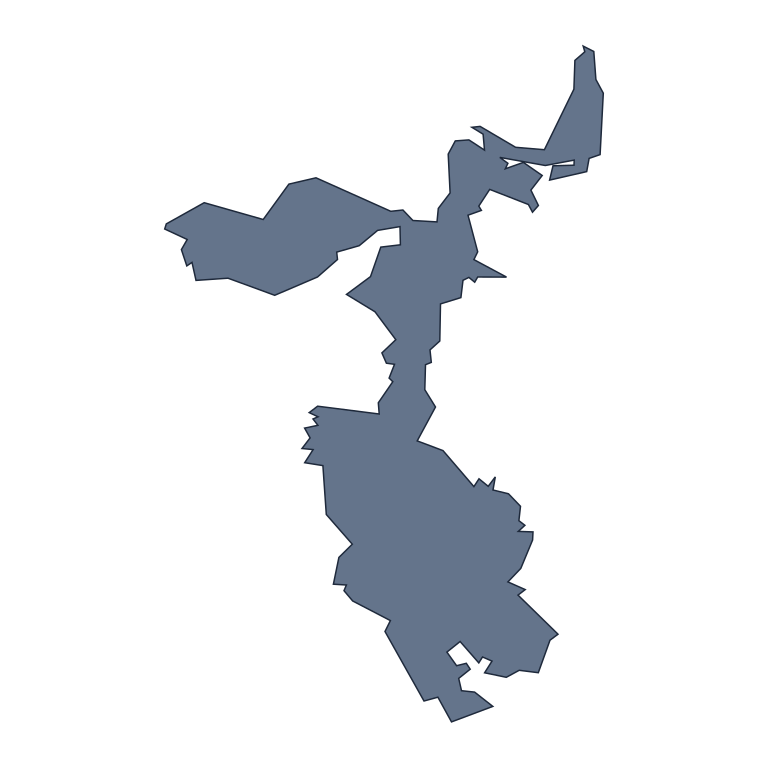 Poian, Covasna, Romania
{"feature_id": "2599482B85588216220472", "entity_name": "Poian", "entity_type": "district", "adm_level": 2, "iso_a3": "ROU", "parent_name": "Romania", "parent_adm1": "Covasna", "projection": "robinson", "projection_center": [26.168, 46.118], "detail": "medium", "context": "isolated", "style": "filled", "palette": "slate", "viewbox_px": 768, "rotation_deg": 0, "n_neighbors": 0, "source": "geoboundaries", "source_scale": "gbopen_adm2", "svg_char_len": 1925}
<svg xmlns="http://www.w3.org/2000/svg" viewBox="0 0 768 768"><path d="M538.3,672.7L550.0,640.2L558.0,634.2L518.0,595.1L525.2,589.6L507.9,581.9L520.8,568.4L532.6,540.0L533.0,531.9L518.3,531.4L524.9,525.3L518.9,520.7L520.5,506.3L508.5,493.8L493.0,490.0L495.3,476.9L488.2,486.3L479.0,478.8L473.9,486.6L443.0,450.6L417.2,440.9L435.5,407.0L424.8,389.7L425.5,364.7L431.3,362.4L430.0,349.9L439.8,341.0L440.5,303.9L460.9,297.6L463.0,280.3L468.9,277.4L474.7,282.2L477.7,277.0L506.5,277.1L473.9,259.6L477.7,251.8L468.0,215.2L481.4,210.4L478.8,206.1L489.7,189.4L528.4,204.5L532.5,212.2L538.4,205.5L530.9,190.1L542.2,175.5L523.4,162.4L505.3,168.8L507.9,163.3L499.8,157.4L545.3,165.5L574.2,160.1L574.0,165.2L553.0,165.8L549.6,180.1L586.7,171.6L589.1,158.4L600.1,154.6L603.3,93.2L595.9,79.5L593.8,51.5L583.2,46.1L584.8,51.8L574.9,60.4L573.9,89.2L544.4,149.7L515.6,147.3L480.1,126.4L471.9,127.3L483.1,134.2L484.5,150.1L468.9,139.9L455.3,140.9L448.2,154.1L450.1,192.9L438.3,208.4L437.0,221.9L412.9,220.5L402.9,210.0L390.8,211.3L316.0,177.8L288.9,184.1L263.2,219.5L204.2,202.7L166.3,223.9L164.7,229.0L187.2,239.5L181.4,249.6L186.8,265.9L192.0,262.4L196.0,280.4L228.0,278.2L274.7,295.3L317.5,277.0L337.5,259.5L336.7,252.1L359.2,245.7L377.6,230.4L400.0,226.6L400.4,244.8L380.8,247.1L370.5,276.6L346.5,294.4L375.0,311.8L395.8,339.7L381.9,352.9L386.4,363.2L394.5,364.3L389.1,378.1L392.8,381.7L378.3,402.8L379.2,414.0L317.6,406.2L309.2,412.6L318.0,416.8L313.0,419.0L317.9,425.3L304.6,428.1L310.1,437.9L302.0,448.5L313.1,449.6L304.7,462.7L322.9,465.6L326.3,514.5L352.3,544.2L338.9,557.4L333.4,584.2L346.4,585.0L344.0,590.7L352.7,601.0L390.4,620.6L385.0,631.5L424.0,701.0L437.9,697.2L451.5,721.9L492.8,706.4L474.6,692.1L461.5,690.7L458.7,678.4L470.2,669.2L466.3,663.3L456.6,665.7L446.9,652.1L460.1,641.5L478.8,662.9L482.5,657.0L492.0,661.1L484.6,672.8L506.3,677.3L519.2,670.3L538.3,672.7Z" fill="#64748b" stroke="#1e293b" stroke-width="1.5"/></svg>